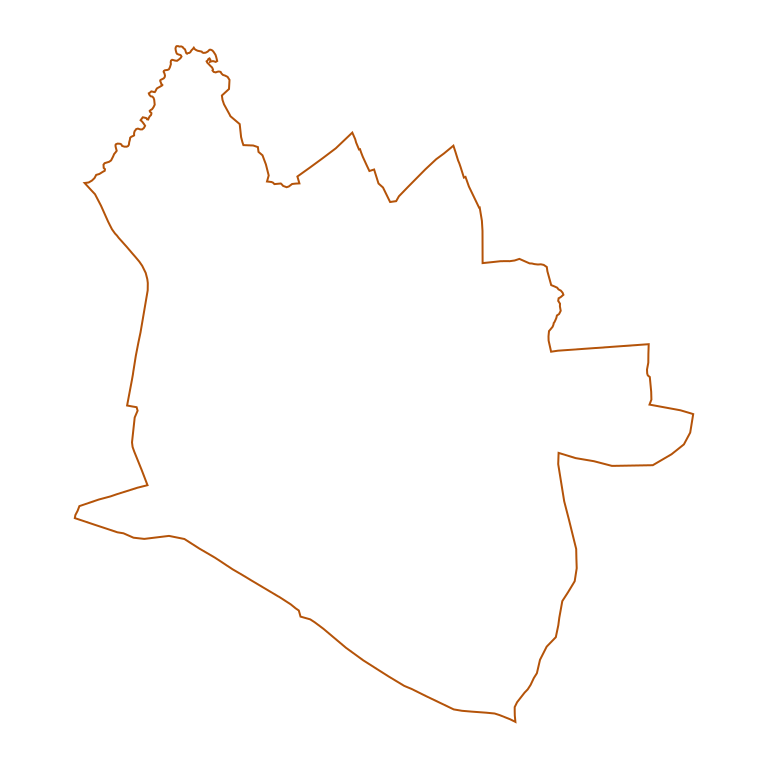 outline of Nassarawa, Kano, Nigeria
{"feature_id": "59680162B98184498564097", "entity_name": "Nassarawa", "entity_type": "district", "adm_level": 2, "iso_a3": "NGA", "parent_name": "Nigeria", "parent_adm1": "Kano", "projection": "orthographic", "projection_center": [8.564, 12.008], "detail": "fine", "context": "isolated", "style": "outline", "palette": "amber", "viewbox_px": 768, "rotation_deg": 0, "n_neighbors": 0, "source": "geoboundaries", "source_scale": "gbopen_adm2", "svg_char_len": 5259}
<svg xmlns="http://www.w3.org/2000/svg" viewBox="0 0 768 768"><path d="M74.8,518.1L95.1,524.9L103.6,527.7L117.4,532.3L123.5,533.3L133.5,537.7L144.3,538.9L169.0,535.9L184.4,539.0L199.4,548.6L215.0,557.7L224.6,564.0L227.1,565.7L227.5,565.9L232.6,569.3L236.4,571.5L245.9,577.1L250.8,580.1L278.4,596.5L278.9,596.7L290.8,604.4L295.1,607.9L295.3,608.1L298.8,610.5L299.8,614.0L300.5,616.6L309.0,619.0L310.3,619.4L311.8,620.4L314.6,622.2L323.3,628.7L346.0,647.8L352.2,652.3L363.2,660.3L376.7,668.9L388.7,676.5L404.1,685.8L405.7,686.5L411.5,688.9L426.4,696.3L440.6,703.1L453.7,709.4L462.0,710.8L471.4,711.6L486.3,712.7L494.6,713.5L499.6,715.1L510.2,719.3L515.4,721.9L514.8,715.6L514.7,711.0L514.7,707.1L517.1,702.2L524.6,692.6L527.7,689.4L530.6,684.9L533.8,678.1L536.9,673.2L540.0,659.8L546.7,646.6L555.8,637.2L558.3,625.3L559.3,617.7L562.3,601.1L568.0,592.3L571.4,586.7L574.7,581.2L576.7,568.3L576.7,567.8L576.4,558.6L576.2,549.0L574.8,543.4L569.0,519.9L564.2,501.3L558.2,464.1L558.6,452.9L575.6,458.1L593.9,461.2L612.0,465.9L652.8,465.2L671.6,454.2L683.9,444.4L690.2,432.6L691.2,426.5L693.2,414.1L690.3,413.2L680.5,410.3L649.5,404.6L651.4,399.6L651.2,391.9L650.5,384.4L649.8,377.0L647.8,375.4L647.2,373.5L647.0,369.6L648.3,362.7L648.4,353.9L648.6,347.2L648.7,344.2L557.9,350.7L551.1,351.7L548.6,340.6L548.5,336.4L549.0,331.1L552.6,326.8L553.5,324.5L553.7,323.1L554.3,322.4L555.1,320.8L555.8,319.2L556.2,318.3L556.6,316.9L556.9,315.5L559.0,314.1L559.2,313.8L560.7,310.8L559.9,306.3L560.0,303.7L558.2,300.9L558.6,298.3L560.7,297.1L563.4,294.8L562.6,292.7L560.8,290.6L558.5,289.4L557.2,287.7L554.6,286.5L551.2,285.1L547.4,271.3L546.8,267.0L543.7,264.9L540.9,264.3L537.9,264.5L534.4,264.1L532.0,263.5L529.6,263.4L519.4,258.9L514.6,260.5L513.1,260.7L509.6,261.2L507.7,261.1L500.6,261.2L492.3,262.1L482.6,263.1L482.5,231.0L481.9,220.8L479.7,207.5L479.1,207.7L468.9,186.5L465.5,176.9L463.9,177.6L460.7,167.4L459.3,163.3L458.1,160.5L455.5,152.1L453.4,145.7L443.8,153.6L436.2,159.2L425.4,169.3L408.1,186.8L398.9,196.3L396.2,201.1L390.1,202.0L383.0,187.5L378.5,183.5L374.1,169.5L369.4,171.0L366.7,165.3L362.8,156.8L361.2,152.7L360.0,149.2L359.0,149.5L356.1,142.5L355.2,139.2L352.3,132.6L335.8,148.3L322.7,158.2L310.0,167.5L297.4,176.5L299.4,183.4L295.5,183.6L292.1,184.0L288.8,186.5L286.6,187.2L283.1,185.9L282.0,184.6L280.8,183.5L274.4,184.1L273.1,182.7L271.5,182.0L267.0,181.5L268.7,175.5L265.9,164.4L264.2,159.9L262.5,155.3L261.9,154.8L258.5,151.9L257.9,147.1L253.2,145.5L243.4,145.1L242.4,142.1L241.1,137.1L239.7,124.1L230.4,116.2L229.7,114.7L224.0,104.3L222.5,99.9L221.9,95.5L229.0,89.0L229.5,79.9L227.6,76.9L225.1,75.6L222.9,74.9L221.5,73.5L220.6,71.9L218.9,71.5L217.6,71.7L215.7,72.4L213.7,71.9L212.5,70.5L213.0,69.5L212.1,67.5L210.3,65.8L208.5,63.9L207.3,62.7L206.6,61.3L207.6,60.5L208.5,58.9L209.5,58.4L210.4,59.9L210.1,61.8L211.2,61.4L213.0,61.1L214.5,61.5L215.7,61.9L217.2,61.0L216.2,57.0L215.5,54.8L213.6,51.9L212.4,50.5L210.7,49.7L209.5,49.8L207.7,51.6L205.6,52.7L203.5,52.9L202.4,52.5L201.7,51.6L199.8,51.2L197.5,50.7L195.7,49.8L194.6,49.0L193.8,47.7L192.8,49.0L191.4,50.4L190.3,52.2L189.3,52.9L187.9,53.1L187.1,53.7L186.4,53.3L185.9,52.2L185.5,50.8L185.0,49.4L183.4,48.1L182.6,47.0L181.1,46.4L179.5,46.6L178.0,46.1L176.5,46.2L175.8,47.2L175.5,48.5L175.7,50.1L176.0,51.3L176.4,52.8L177.0,53.8L178.5,54.5L180.1,54.9L181.0,55.5L181.5,56.6L180.6,58.0L179.4,59.1L177.1,60.8L175.1,60.6L173.4,60.1L172.1,59.8L171.0,60.6L170.7,62.2L170.9,64.1L169.9,67.3L168.9,69.3L167.6,69.9L165.5,70.2L164.9,70.3L163.9,70.9L163.6,71.8L164.2,72.9L164.6,73.9L165.0,75.8L164.6,77.3L163.7,78.4L162.5,79.0L161.3,79.6L160.5,80.0L160.2,80.6L160.2,81.0L160.6,81.9L161.1,83.2L161.5,84.6L162.1,84.6L162.4,85.0L162.0,85.5L160.7,86.3L158.9,87.3L157.2,88.2L156.5,89.0L155.7,90.7L154.8,92.1L153.8,92.0L152.8,91.7L151.3,91.4L150.1,92.5L148.8,93.3L149.3,94.7L150.7,96.3L152.4,96.6L153.6,98.0L154.2,99.8L154.7,104.7L153.5,107.2L152.1,109.2L150.7,110.0L149.7,110.9L150.0,111.8L151.3,112.8L151.4,113.8L150.9,115.2L149.7,116.3L148.7,118.2L148.2,119.5L147.0,119.3L146.5,118.2L145.2,117.8L142.8,117.3L140.6,120.2L142.2,121.7L143.9,123.9L145.1,125.8L143.9,128.0L142.2,129.4L140.2,129.4L137.9,128.6L136.2,129.1L135.6,130.0L134.6,131.2L134.1,133.1L134.1,135.4L132.8,136.1L131.2,136.8L130.2,137.7L129.8,140.1L129.2,142.2L128.9,144.7L128.1,146.0L126.7,146.7L124.5,146.7L122.1,145.9L121.3,144.4L120.1,143.8L117.6,143.6L116.0,144.2L115.5,145.0L115.6,146.7L116.7,150.8L115.6,152.3L114.1,154.1L113.1,156.5L111.1,160.4L109.1,161.8L106.8,162.5L104.6,163.2L103.5,164.7L103.7,167.9L105.0,169.2L104.7,170.8L103.0,171.7L99.3,174.0L96.2,174.9L94.5,178.1L91.9,180.6L88.6,182.5L84.6,183.0L91.5,190.5L95.0,194.2L100.9,205.5L101.0,205.7L106.0,216.9L108.1,221.6L109.9,225.2L112.0,229.3L115.0,233.5L116.9,235.5L118.8,238.0L123.2,242.9L124.8,244.7L126.6,246.7L132.3,253.4L135.1,256.6L136.2,257.9L139.3,261.6L142.2,265.8L145.7,272.9L147.3,279.1L147.8,283.0L147.7,290.3L140.5,332.5L138.4,342.5L135.8,355.9L133.6,369.8L133.4,370.9L132.9,374.5L131.9,380.1L127.1,405.5L131.9,406.4L136.6,407.2L137.6,410.7L134.7,417.5L132.0,442.4L132.6,447.0L134.2,451.5L141.8,470.3L147.5,485.2L137.5,487.7L116.9,494.2L110.5,496.4L99.3,499.4L98.9,499.5L79.4,506.1L77.6,510.8L75.4,515.0L74.8,518.1Z" fill="none" stroke="#b45309" stroke-width="2"/></svg>